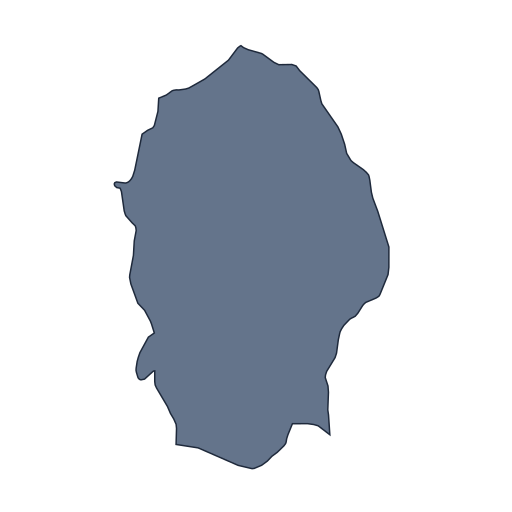 map outline of Kâmpóng Chhnang (Equal Earth projection), rotated 173°
{"feature_id": "KHM-1785", "entity_name": "Kâmpóng Chhnang", "entity_type": "Province", "adm_level": 1, "iso_a3": "KHM", "parent_name": "Cambodia", "parent_adm1": "", "projection": "equal_earth", "projection_center": [104.594, 12.169], "detail": "fine", "context": "isolated", "style": "filled", "palette": "slate", "viewbox_px": 512, "rotation_deg": 173, "n_neighbors": 0, "source": "natural_earth", "source_scale": "10m", "svg_char_len": 1972}
<svg xmlns="http://www.w3.org/2000/svg" viewBox="0 0 512 512"><g transform="rotate(173 256 256)"><path d="M129.7,285.5L123.0,248.7L125.5,228.6L127.2,221.5L137.5,203.0L138.6,201.4L139.5,200.8L141.8,199.7L152.6,196.6L154.3,195.5L156.1,193.9L161.9,186.8L164.9,184.1L167.5,183.1L168.8,182.7L170.7,181.8L177.3,176.4L179.9,173.3L181.7,170.6L182.4,168.9L184.5,162.8L187.9,149.8L189.9,145.5L199.9,132.9L201.5,129.5L202.1,126.9L200.4,118.2L200.7,111.9L203.5,94.5L203.4,89.4L204.5,69.6L215.0,79.9L219.2,81.7L225.2,83.3L240.3,85.1L246.1,74.7L247.8,71.0L248.8,67.6L249.5,66.2L251.4,64.2L258.8,58.6L264.6,55.3L269.7,51.1L275.9,47.6L283.7,45.4L285.8,45.4L299.3,50.4L336.8,72.6L358.3,78.7L355.9,94.5L355.8,98.7L357.5,104.3L360.1,110.2L362.2,117.4L370.8,137.1L371.8,140.3L371.8,143.8L370.5,154.3L371.5,154.3L372.3,154.0L381.6,147.4L385.3,147.1L386.4,147.6L387.5,148.7L388.0,150.0L388.9,155.3L389.0,157.2L388.6,159.4L386.8,165.8L385.2,169.7L383.0,174.2L372.7,188.6L366.3,192.0L368.0,201.3L368.8,204.4L373.2,215.7L379.0,223.5L383.6,243.5L384.1,250.2L383.6,252.6L377.6,271.5L375.0,285.8L371.8,295.9L371.8,298.7L372.2,300.7L374.9,304.0L380.3,311.9L380.8,313.9L381.3,316.8L381.7,336.3L382.3,338.8L382.7,339.9L385.9,340.9L387.7,343.0L387.9,344.8L387.2,346.0L385.5,346.5L376.7,344.3L375.2,344.5L373.5,345.1L371.9,346.2L370.1,348.0L368.6,350.1L365.9,356.0L354.2,390.8L348.2,394.0L342.8,395.8L341.0,397.9L335.7,411.5L333.3,424.5L325.4,426.7L319.1,430.2L317.6,430.5L314.9,430.6L312.3,430.2L305.6,430.3L302.2,430.9L285.3,437.9L259.5,453.7L248.9,464.7L246.6,466.1L245.3,466.6L243.6,464.9L242.6,464.1L238.6,461.7L226.0,456.4L224.8,455.6L214.6,446.0L210.1,443.1L197.1,441.7L193.0,439.7L190.1,434.7L175.1,415.7L174.0,413.6L173.6,411.9L172.7,402.4L172.1,399.0L159.0,374.2L156.5,366.5L154.4,356.1L153.5,346.8L150.3,339.6L149.8,338.8L148.0,336.8L138.8,328.5L136.1,325.3L134.4,322.7L134.1,321.1L133.8,317.3L133.7,305.2L133.0,299.1L129.7,285.5Z" fill="#64748b" stroke="#1e293b" stroke-width="1.5"/></g></svg>